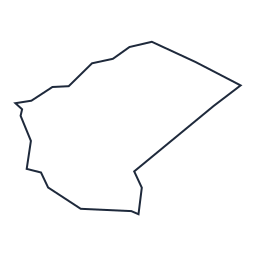 outline of Glascock, Georgia, United States of America
{"feature_id": "52423323B56628554160861", "entity_name": "Glascock", "entity_type": "district", "adm_level": 2, "iso_a3": "USA", "parent_name": "United States of America", "parent_adm1": "Georgia", "projection": "mercator", "projection_center": [-82.63, 33.224], "detail": "fine", "context": "isolated", "style": "outline", "palette": "slate", "viewbox_px": 256, "rotation_deg": 0, "n_neighbors": 0, "source": "geoboundaries", "source_scale": "gbopen_adm2", "svg_char_len": 382}
<svg xmlns="http://www.w3.org/2000/svg" viewBox="0 0 256 256"><path d="M240.6,85.4L195.5,62.0L151.8,41.8L129.5,47.0L112.9,58.8L92.0,63.3L68.7,86.2L52.4,87.0L31.4,100.7L15.4,103.2L22.1,109.3L20.6,115.8L30.9,140.9L26.7,168.9L41.0,172.5L48.1,187.5L80.7,208.8L131.3,211.1L138.5,214.2L141.8,187.7L134.2,171.4L213.6,106.0L240.6,85.4Z" fill="none" stroke="#1e293b" stroke-width="2"/></svg>